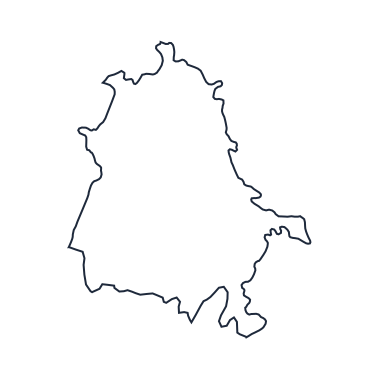 outline of Byalynichy, Mogilev, Belarus, rotated 292°
{"feature_id": "67162791B99339401725810", "entity_name": "Byalynichy", "entity_type": "district", "adm_level": 2, "iso_a3": "BLR", "parent_name": "Belarus", "parent_adm1": "Mogilev", "projection": "albers", "projection_center": [29.744, 53.9], "detail": "fine", "context": "isolated", "style": "outline", "palette": "slate", "viewbox_px": 384, "rotation_deg": 292, "n_neighbors": 0, "source": "geoboundaries", "source_scale": "gbopen_adm2", "svg_char_len": 4768}
<svg xmlns="http://www.w3.org/2000/svg" viewBox="0 0 384 384"><g transform="rotate(292 192 192)"><path d="M259.9,68.4L260.1,69.9L260.3,73.0L260.4,75.9L259.0,79.7L258.0,81.5L256.0,82.8L253.6,83.7L249.9,83.8L245.9,83.9L233.6,84.0L227.9,84.1L223.5,83.4L220.3,81.6L218.0,80.9L215.4,80.4L213.6,79.6L213.3,77.4L211.5,76.1L211.2,74.7L211.8,71.9L211.9,69.5L210.5,65.7L208.6,63.6L206.6,63.4L204.5,65.9L204.4,69.6L204.4,71.8L203.2,73.4L200.6,74.6L197.4,75.8L194.4,76.9L191.9,78.9L192.2,81.2L190.9,83.3L190.9,84.4L190.0,85.7L188.5,87.3L186.5,89.1L184.9,90.2L183.2,91.6L182.4,93.2L182.0,94.9L181.6,96.7L180.7,98.5L179.6,99.0L177.7,99.6L176.4,100.5L174.4,101.6L171.3,101.9L169.1,101.0L166.8,99.0L165.4,97.3L163.3,96.3L160.2,95.9L156.7,96.1L153.2,96.4L150.7,97.0L147.1,97.2L135.9,97.1L121.7,96.9L116.6,97.1L112.5,96.6L108.0,97.4L105.7,98.2L103.8,98.5L100.2,98.6L96.2,98.5L94.7,98.4L94.8,98.6L95.1,105.9L95.6,113.0L90.3,117.1L83.8,118.8L75.0,123.2L66.5,128.4L62.0,135.1L61.7,136.9L62.4,137.5L67.6,142.5L72.9,143.4L74.3,148.4L76.0,154.9L74.0,156.0L72.5,161.9L74.5,166.0L76.8,169.0L77.1,173.7L77.1,177.8L77.4,182.5L80.6,188.4L83.2,193.5L83.2,197.6L83.1,204.4L79.6,207.0L79.6,209.6L85.2,213.5L88.4,217.3L85.7,222.0L80.7,222.6L75.1,225.2L77.7,229.7L78.3,233.2L75.9,234.7L72.7,237.9L70.9,240.3L79.4,241.5L90.0,242.7L95.1,243.6L97.7,246.0L101.5,248.4L107.4,250.7L113.3,252.8L116.0,257.0L112.4,262.6L106.2,264.9L98.8,266.4L88.5,265.1L82.3,265.4L78.1,269.8L81.0,274.3L87.5,275.2L91.4,277.9L88.4,282.3L83.3,284.6L78.6,286.7L78.0,289.6L78.0,296.4L77.6,296.8L79.5,298.3L82.7,300.6L85.3,303.0L87.0,304.5L88.9,306.2L91.5,308.0L93.3,308.9L97.4,309.6L100.0,309.0L101.2,307.4L101.8,305.3L101.9,302.8L102.6,301.4L103.4,299.7L103.1,297.1L102.1,295.0L101.1,292.7L99.8,291.0L100.0,289.0L100.8,287.5L102.4,285.9L104.6,284.7L105.8,285.3L108.3,285.6L110.5,286.6L112.0,286.7L113.9,286.2L114.6,284.8L114.9,283.5L115.1,281.5L115.6,278.9L117.3,277.9L120.1,277.6L121.1,277.0L121.6,275.9L121.9,274.4L124.3,272.8L126.7,273.4L128.7,275.2L129.8,277.6L132.0,279.2L135.2,280.0L139.0,280.3L143.1,280.1L144.7,279.3L146.1,277.8L148.7,277.1L150.7,277.5L152.6,278.9L153.2,279.9L155.2,280.6L158.0,281.2L160.3,281.7L164.5,282.4L167.4,282.4L169.4,282.4L171.6,281.9L173.2,281.4L174.3,280.1L175.3,278.0L177.2,276.3L179.6,276.0L181.0,278.4L181.1,280.6L182.1,281.3L184.0,280.1L185.9,279.1L187.7,279.9L188.0,282.3L187.0,284.0L185.0,286.4L185.2,288.1L187.4,289.8L189.5,289.1L190.6,287.8L192.2,286.9L193.5,288.3L194.1,290.9L193.4,293.0L192.7,294.7L191.2,296.8L189.0,298.0L187.5,298.9L186.9,300.1L187.2,302.6L187.8,304.8L188.5,308.1L188.0,311.4L187.6,313.9L187.2,317.1L187.5,319.0L188.5,320.6L189.8,320.6L191.2,319.7L192.2,318.5L193.6,316.9L196.0,314.5L198.1,312.6L200.6,310.7L202.4,309.8L206.3,308.0L208.8,306.2L209.4,304.3L209.7,302.7L210.1,301.4L208.9,299.6L207.6,296.5L206.8,293.3L204.9,289.9L203.3,285.3L201.9,281.4L202.8,277.9L204.1,276.1L204.9,273.3L204.5,270.1L202.7,267.6L202.3,264.1L202.9,261.7L203.7,259.2L204.5,254.3L205.6,250.9L207.2,249.7L208.5,249.7L209.6,251.8L210.2,253.4L211.9,256.2L213.4,257.2L214.6,257.2L215.7,256.7L216.7,254.6L217.2,251.8L217.9,248.2L218.7,246.1L219.1,244.5L218.6,242.0L218.3,239.9L218.7,237.6L220.8,235.9L222.3,233.8L222.5,229.7L225.0,226.9L229.0,222.8L232.3,219.7L234.3,217.5L238.2,214.8L241.0,212.3L242.5,211.2L244.2,210.3L245.8,211.1L246.1,213.2L245.9,214.9L245.8,217.1L248.0,218.0L249.6,216.5L250.4,216.2L252.0,216.2L253.5,215.4L254.4,214.0L254.1,212.0L254.1,209.4L255.4,207.2L257.4,205.0L258.6,202.5L260.0,201.0L262.6,200.7L264.4,200.1L267.6,198.1L269.4,196.9L271.7,195.3L273.8,193.7L275.1,192.2L276.5,190.8L278.1,189.6L280.0,188.9L281.2,188.8L283.4,188.2L285.8,188.1L288.7,186.8L288.9,184.9L288.4,182.1L287.3,180.2L286.9,178.3L288.0,176.2L289.7,175.8L292.2,175.3L294.2,175.0L296.3,175.0L299.2,176.7L300.7,178.9L302.4,179.6L304.2,179.2L305.6,177.3L304.6,175.1L303.2,173.5L300.4,171.7L299.0,169.9L298.2,167.0L299.4,163.9L302.2,160.6L304.8,158.0L307.7,154.6L308.6,151.3L308.7,147.7L308.6,144.7L308.4,140.3L310.4,138.0L311.3,135.2L311.0,133.3L309.8,132.2L308.0,130.3L306.9,127.8L307.3,125.6L310.4,124.5L312.0,124.2L315.1,123.2L317.4,122.0L319.7,120.5L321.2,119.2L322.3,116.9L321.7,115.0L320.4,114.4L319.4,112.2L319.4,109.8L319.3,106.8L319.1,106.9L317.2,106.9L315.7,105.4L313.8,104.2L311.8,104.8L310.7,106.4L309.5,109.4L308.3,111.6L305.7,114.1L302.7,115.8L298.2,116.4L293.7,115.8L291.2,115.1L289.6,114.8L287.4,113.2L286.3,111.7L285.4,108.1L284.4,105.2L283.2,103.7L282.1,101.9L280.5,101.7L278.3,101.4L275.9,101.0L272.6,100.1L270.9,99.1L270.7,97.6L271.9,96.3L273.6,94.9L274.0,93.4L272.5,90.8L271.2,88.8L272.0,86.2L273.9,85.7L276.3,85.1L277.2,84.6L277.8,81.2L274.7,78.7L271.9,76.0L269.7,73.1L268.2,71.3L266.4,70.6L263.7,70.0L259.9,68.4Z" fill="none" stroke="#1e293b" stroke-width="2"/></g></svg>